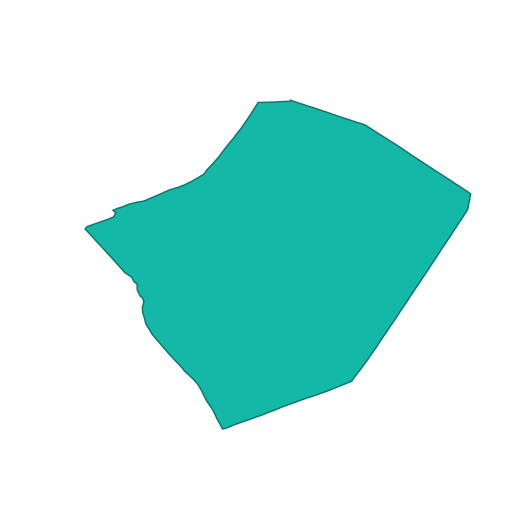 Al-Salman, Al-Muthannia, Iraq (orthographic projection), rotated 299°
{"feature_id": "34846034B73479794656328", "entity_name": "Al-Salman", "entity_type": "district", "adm_level": 2, "iso_a3": "IRQ", "parent_name": "Iraq", "parent_adm1": "Al-Muthannia", "projection": "orthographic", "projection_center": [45.251, 30.248], "detail": "fine", "context": "isolated", "style": "filled", "palette": "teal", "viewbox_px": 512, "rotation_deg": 299, "n_neighbors": 0, "source": "geoboundaries", "source_scale": "gbopen_adm2", "svg_char_len": 3806}
<svg xmlns="http://www.w3.org/2000/svg" viewBox="0 0 512 512"><g transform="rotate(299 256 256)"><path d="M196.8,93.4L196.2,95.3L195.1,98.7L192.0,107.8L188.9,117.3L187.8,120.5L186.0,126.0L184.2,131.4L182.4,136.5L181.0,140.6L178.1,148.8L177.9,149.4L177.6,153.2L177.2,157.5L174.2,162.2L174.0,165.0L172.7,166.3L172.1,166.9L170.6,167.4L170.0,167.7L168.6,168.9L168.1,169.3L167.3,170.5L165.2,173.8L164.6,174.9L164.6,176.1L163.9,177.5L163.7,178.2L163.1,178.6L161.9,179.7L161.3,180.4L160.4,180.4L159.0,180.9L157.1,181.2L156.2,181.4L155.9,181.5L154.7,182.4L153.2,183.3L152.2,183.9L151.4,184.6L150.3,185.7L149.0,187.1L147.3,188.8L145.8,190.2L144.8,191.1L144.1,191.9L143.5,192.2L142.2,194.4L140.6,197.3L139.8,198.7L138.3,201.4L137.2,203.2L136.5,205.0L134.7,209.9L130.5,221.1L128.4,226.8L127.1,230.9L125.7,235.0L124.4,239.4L123.2,243.1L122.3,245.5L122.0,246.6L121.8,247.2L121.0,248.2L120.6,250.1L119.9,253.0L118.8,257.3L118.0,260.3L117.7,261.8L116.9,263.4L116.4,265.1L116.1,266.0L115.8,266.9L115.2,267.9L114.2,269.8L113.1,271.8L111.8,273.7L110.5,275.6L108.9,277.9L107.9,279.3L107.1,280.4L106.7,281.1L105.4,283.0L104.3,285.1L103.2,287.5L102.3,288.9L101.6,290.7L101.0,291.7L100.6,292.5L99.7,293.9L97.8,296.6L96.4,298.6L95.0,300.4L93.5,302.8L92.3,304.7L91.6,305.9L91.0,306.8L90.0,308.4L89.0,310.0L88.5,310.6L89.8,312.0L91.3,313.5L94.1,315.8L99.2,320.0L103.7,324.0L106.8,326.7L110.1,329.7L112.9,332.2L115.1,334.0L118.2,336.9L118.5,337.2L123.3,341.1L126.6,343.9L130.9,347.5L134.6,350.4L139.5,354.4L142.5,357.1L146.8,360.9L150.1,363.7L155.7,368.7L161.9,374.5L168.6,380.4L173.7,384.9L183.0,392.4L191.3,399.1L192.8,400.4L195.2,400.6L196.0,400.6L200.0,401.2L206.5,402.2L217.7,403.7L226.6,404.6L232.8,405.3L238.3,405.7L244.5,406.2L252.3,406.9L262.3,407.7L265.8,408.1L268.8,408.4L271.9,408.7L277.6,409.0L289.8,410.1L295.6,410.5L296.4,410.6L305.4,411.3L309.2,411.7L317.5,412.3L324.3,412.9L330.8,413.4L339.4,414.1L344.5,414.5L348.4,414.8L350.2,414.8L352.3,415.0L356.5,415.4L364.3,416.0L370.6,416.5L375.8,416.9L380.7,417.2L387.3,417.8L393.3,418.2L397.4,418.5L399.2,418.6L400.9,418.1L405.0,416.7L408.9,415.6L412.0,414.3L413.2,414.0L414.3,413.6L414.6,412.2L414.8,410.4L414.9,408.5L415.1,406.3L415.7,398.7L415.7,396.9L415.9,394.9L416.3,390.9L416.3,389.0L416.8,384.0L417.1,378.7L417.7,369.5L418.2,362.7L418.5,358.4L419.0,352.6L419.7,342.1L420.5,334.2L421.1,327.2L421.3,324.8L421.6,318.3L422.0,311.4L422.3,305.8L422.5,302.7L423.3,290.6L423.5,288.8L423.4,287.6L422.8,284.0L421.9,280.0L420.7,273.7L419.9,269.4L419.1,265.3L418.4,261.6L417.8,258.5L417.8,258.1L416.9,253.2L415.6,245.6L414.8,241.4L414.4,239.5L414.4,238.7L413.8,236.2L413.3,233.0L412.5,229.8L412.0,227.5L411.5,224.1L410.8,220.8L410.2,217.7L409.7,214.8L409.3,212.4L409.2,211.7L409.1,210.7L408.2,210.6L407.8,210.6L407.0,209.4L405.1,206.2L402.9,202.7L400.1,198.4L398.5,195.7L397.3,193.6L395.4,190.7L394.8,189.3L393.5,187.3L392.6,185.6L391.7,184.0L391.2,183.4L389.9,183.4L387.8,183.3L384.9,183.1L383.4,183.0L380.8,182.8L378.0,182.8L374.8,182.4L372.4,182.3L364.2,181.4L360.5,181.1L356.7,180.5L354.8,180.2L353.2,179.9L348.8,179.3L345.5,178.7L341.3,177.9L339.8,177.6L338.1,177.4L336.0,177.0L333.1,176.6L331.5,176.4L329.9,176.1L328.2,175.9L326.6,175.7L324.4,175.4L323.4,175.1L322.6,175.0L320.0,174.4L316.4,173.6L313.3,172.8L311.9,172.5L309.0,171.7L306.9,171.2L306.4,171.2L302.7,170.9L295.7,167.0L289.4,163.1L283.6,159.0L278.8,155.1L274.8,151.1L273.6,150.0L272.4,148.8L268.1,145.4L263.8,142.3L262.6,141.4L259.0,138.6L255.1,135.5L251.6,132.9L249.0,130.6L245.9,126.5L243.0,123.4L240.2,120.2L237.2,117.7L234.0,115.3L230.7,112.0L226.6,108.8L225.8,112.5L224.3,112.5L222.9,112.5L221.1,112.6L219.3,111.0L217.5,109.7L214.4,107.0L211.1,104.1L206.9,100.4L205.1,98.7L202.5,96.5L200.5,94.7L200.0,94.1L199.0,94.0L197.8,93.6L196.8,93.4Z" fill="#14b8a6" stroke="#0f766e" stroke-width="1.5"/></g></svg>